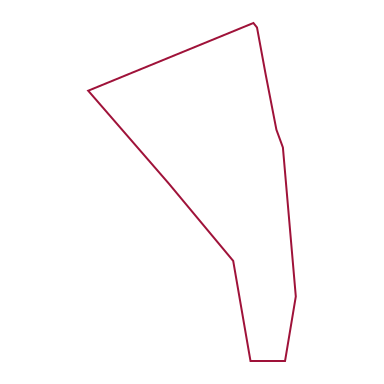 the district of Fond Doux, Soufrière, Saint Lucia
{"feature_id": "8701671B36300089777335", "entity_name": "Fond Doux", "entity_type": "district", "adm_level": 2, "iso_a3": "LCA", "parent_name": "Saint Lucia", "parent_adm1": "Soufrière", "projection": "mercator", "projection_center": [-61.049, 13.821], "detail": "fine", "context": "isolated", "style": "outline", "palette": "rose", "viewbox_px": 384, "rotation_deg": 0, "n_neighbors": 0, "source": "geoboundaries", "source_scale": "gbopen_adm2", "svg_char_len": 302}
<svg xmlns="http://www.w3.org/2000/svg" viewBox="0 0 384 384"><path d="M281.9,144.7L276.4,129.7L265.6,74.1L257.0,27.5L253.4,23.0L88.2,90.7L168.4,183.1L233.2,260.9L249.0,352.4L250.5,361.0L285.0,361.0L285.4,358.9L295.8,296.5L282.9,147.5L281.9,144.7Z" fill="none" stroke="#9f1239" stroke-width="2"/></svg>